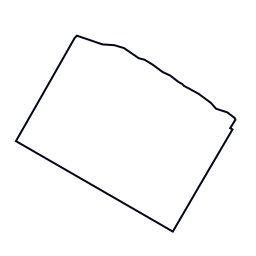 the district of Buffalo, Nebraska, United States of America, rotated 210°
{"feature_id": "52423323B63113999244824", "entity_name": "Buffalo", "entity_type": "district", "adm_level": 2, "iso_a3": "USA", "parent_name": "United States of America", "parent_adm1": "Nebraska", "projection": "orthographic", "projection_center": [-99.096, 40.85], "detail": "fine", "context": "isolated", "style": "outline", "palette": "ink", "viewbox_px": 256, "rotation_deg": 210, "n_neighbors": 0, "source": "geoboundaries", "source_scale": "gbopen_adm2", "svg_char_len": 486}
<svg xmlns="http://www.w3.org/2000/svg" viewBox="0 0 256 256"><g transform="rotate(210 128 128)"><path d="M211.7,60.6L93.6,60.7L37.4,60.7L37.2,120.0L36.8,179.0L39.4,179.0L39.1,188.9L40.6,190.0L49.8,191.2L61.3,188.7L68.8,191.2L83.8,192.9L100.7,192.5L103.0,193.2L107.3,193.1L117.5,194.5L126.2,193.8L138.2,195.2L147.9,195.4L153.5,193.8L171.4,195.2L181.2,192.9L192.0,187.6L218.4,182.4L219.2,179.2L218.7,104.9L218.5,60.6L211.7,60.6Z" fill="none" stroke="#020617" stroke-width="2"/></g></svg>